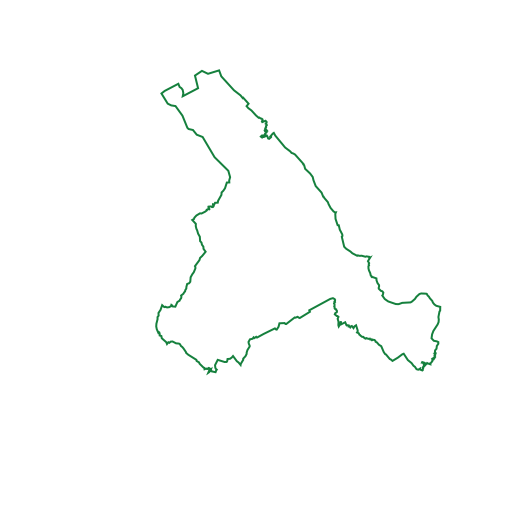 Gura Vitioarei, Prahova, Romania, rotated 146°
{"feature_id": "2599482B61125475068654", "entity_name": "Gura Vitioarei", "entity_type": "district", "adm_level": 2, "iso_a3": "ROU", "parent_name": "Romania", "parent_adm1": "Prahova", "projection": "orthographic", "projection_center": [26.028, 45.151], "detail": "fine", "context": "isolated", "style": "outline", "palette": "green", "viewbox_px": 512, "rotation_deg": 146, "n_neighbors": 0, "source": "geoboundaries", "source_scale": "gbopen_adm2", "svg_char_len": 6102}
<svg xmlns="http://www.w3.org/2000/svg" viewBox="0 0 512 512"><g transform="rotate(146 256 256)"><path d="M239.3,443.9L243.5,443.6L244.0,431.7L242.1,428.3L238.9,425.3L238.5,413.5L241.2,400.7L240.9,399.0L237.8,395.7L237.3,389.7L233.7,384.5L235.1,361.0L231.3,342.1L233.4,335.8L236.0,333.6L237.0,331.9L239.1,333.2L243.8,329.5L246.5,328.4L249.0,327.9L250.5,326.0L256.5,323.0L257.9,321.6L260.2,323.0L262.1,321.9L262.7,322.9L263.1,322.5L263.5,320.9L264.4,320.7L265.2,321.2L265.5,322.2L267.8,323.5L268.1,323.3L268.4,320.9L268.6,320.8L269.6,321.7L271.0,321.9L271.3,321.3L273.5,321.2L277.4,321.7L278.6,322.7L282.7,322.9L285.7,322.2L286.6,321.4L288.7,321.5L287.9,316.3L289.2,314.5L290.2,311.9L290.4,310.3L291.5,306.9L291.8,303.4L294.0,299.6L293.7,297.6L294.5,295.6L294.4,293.2L295.5,291.3L295.4,287.7L300.7,286.1L303.4,285.7L305.2,284.2L312.3,281.7L312.4,280.8L313.2,279.6L316.7,277.3L319.0,276.5L322.1,274.9L324.9,271.4L326.7,270.8L328.7,271.3L331.0,269.3L332.0,268.0L333.8,267.2L334.6,266.3L336.0,266.0L337.3,265.3L340.2,265.1L340.7,263.8L341.8,262.8L343.3,262.4L344.3,261.7L346.9,261.8L351.2,259.1L353.2,260.7L353.6,261.2L353.2,262.0L353.5,262.8L354.5,262.0L356.5,262.1L358.5,263.1L359.5,264.6L360.2,264.6L360.7,265.2L361.3,267.7L365.3,264.7L368.7,263.3L370.1,261.0L371.8,260.4L373.0,258.6L376.4,255.6L378.1,253.4L379.2,250.8L379.9,247.0L379.1,247.2L378.9,246.7L379.4,245.3L380.3,244.0L379.2,242.6L380.1,240.5L378.6,234.7L379.0,232.8L376.9,233.5L376.4,232.5L374.6,232.7L373.0,231.8L371.1,228.3L368.9,226.5L368.4,225.6L368.5,223.2L368.0,221.8L367.8,219.9L367.8,215.5L368.1,214.8L367.4,212.1L363.5,203.3L363.9,202.1L362.7,199.6L363.0,198.4L362.8,197.2L361.9,192.9L361.4,192.2L362.0,190.9L360.2,190.5L359.9,189.8L359.2,189.4L358.5,189.7L357.7,189.6L357.1,188.3L357.5,187.9L358.0,188.1L358.4,187.5L360.8,185.9L359.8,185.9L357.8,187.1L356.6,187.2L357.5,186.4L357.2,185.7L357.5,185.4L354.5,182.3L352.7,183.6L352.1,183.7L352.4,185.1L352.2,186.1L351.0,188.4L345.8,191.3L341.3,185.7L339.6,184.6L338.5,185.1L337.2,186.5L335.0,185.3L332.7,185.4L331.0,185.9L330.7,179.4L330.0,177.5L329.7,174.3L328.9,175.1L324.6,177.1L324.3,177.8L323.8,178.1L320.8,178.8L318.6,180.0L317.7,181.2L315.7,182.8L311.9,184.5L311.4,185.2L311.0,187.3L310.3,188.9L307.6,190.3L305.1,189.3L303.5,189.9L303.3,188.9L301.1,188.9L301.1,188.2L300.7,187.8L293.2,187.1L280.8,185.4L280.6,184.1L280.0,183.4L276.9,184.7L274.2,187.1L269.8,184.4L269.6,183.2L269.0,182.7L258.3,183.4L257.8,182.8L255.5,182.3L255.1,181.1L254.4,180.1L242.5,179.6L242.2,181.2L218.4,178.9L215.8,178.0L214.9,176.3L215.0,175.3L215.6,174.6L216.3,174.5L216.3,173.6L217.6,173.3L217.9,173.0L217.8,172.2L218.9,170.6L219.3,170.5L219.4,169.6L220.0,168.9L220.1,168.0L219.4,167.0L219.7,166.5L219.5,165.6L219.7,165.0L220.5,164.2L222.2,164.3L223.3,163.6L222.6,161.1L222.0,160.6L221.7,159.4L223.4,158.3L224.4,155.3L226.4,152.6L226.8,151.3L224.4,152.4L222.2,154.5L223.4,151.7L219.1,151.2L219.7,148.0L219.5,147.5L218.6,147.3L217.9,146.5L218.5,145.7L217.9,145.4L217.8,144.1L216.4,144.6L215.7,144.4L215.5,141.7L213.7,142.6L211.8,142.6L213.3,137.5L213.9,136.6L215.0,136.1L214.0,134.5L214.3,133.0L213.9,132.2L213.9,131.6L213.2,129.6L212.2,128.9L212.0,127.1L211.4,126.7L211.2,126.1L210.4,126.2L209.2,124.5L207.8,123.8L208.0,122.9L206.8,122.3L207.1,121.7L207.0,121.3L205.8,121.1L204.7,120.1L204.5,118.8L204.8,118.0L204.1,116.8L203.7,113.6L202.6,111.2L203.8,105.0L203.8,102.5L203.3,101.7L202.7,95.8L202.1,94.9L201.5,92.7L195.2,92.4L189.7,92.7L188.2,92.4L188.3,84.8L186.9,80.2L186.8,76.9L186.2,75.3L186.2,72.4L185.1,71.0L182.9,70.9L183.4,70.0L182.1,68.1L181.5,68.2L181.3,68.8L180.4,69.2L180.3,70.0L177.0,70.8L178.1,71.1L177.6,71.3L177.7,72.0L177.0,72.6L177.5,74.4L178.0,74.8L177.5,75.1L176.2,73.5L175.5,71.9L174.7,71.4L174.0,71.6L173.5,70.4L172.3,69.8L172.4,69.2L172.0,68.7L171.7,69.3L168.6,70.2L167.9,71.3L166.8,70.9L165.6,71.4L166.4,71.7L166.7,72.2L165.1,72.1L163.4,72.9L163.4,73.2L164.5,73.1L162.1,74.4L162.4,74.8L161.7,75.1L162.0,75.5L161.4,75.5L161.3,76.4L160.3,77.6L158.2,78.2L156.4,80.3L153.9,81.3L153.0,82.7L153.9,84.2L156.0,86.3L156.5,89.6L153.8,92.6L150.8,94.7L143.7,97.7L141.6,99.1L140.0,101.1L138.9,103.4L134.9,107.4L133.9,107.7L131.7,110.8L134.4,113.9L135.2,116.1L135.4,118.5L135.0,120.2L135.5,123.8L135.4,125.7L135.8,127.3L135.6,129.0L136.0,129.6L139.9,132.5L141.7,133.1L145.8,132.5L148.3,131.5L152.3,131.0L153.8,131.1L161.0,135.4L164.6,136.3L166.9,137.9L171.8,144.4L173.3,148.3L173.4,152.6L172.5,152.9L170.9,154.5L171.0,156.1L171.9,157.2L172.5,160.2L172.2,160.9L171.0,161.9L170.3,163.0L170.4,165.6L169.7,168.4L168.7,170.1L171.0,173.2L171.7,173.6L171.8,174.0L171.5,174.5L171.8,175.6L170.9,177.9L170.4,180.9L169.7,182.8L168.5,184.7L167.5,185.0L167.1,186.3L166.2,186.8L166.1,189.1L162.4,190.8L163.3,190.9L162.6,192.0L164.6,193.9L165.7,194.2L168.2,197.1L170.3,198.4L171.2,199.6L172.0,199.6L174.6,204.4L175.2,206.9L177.2,211.6L177.7,214.4L174.1,224.0L173.1,224.3L172.4,225.7L171.8,231.0L170.2,235.2L171.1,235.9L169.3,242.3L166.7,246.6L165.4,247.5L166.0,247.8L166.8,249.6L167.3,254.1L166.8,258.6L166.3,260.4L166.9,265.8L166.8,267.4L167.1,267.6L166.2,271.9L167.4,280.6L166.0,286.6L164.8,289.8L165.0,294.1L166.5,300.8L165.3,304.4L165.6,305.4L165.2,305.7L166.9,318.3L167.7,320.0L168.9,321.6L169.1,323.5L171.2,329.7L172.7,345.1L172.4,348.1L173.6,348.1L177.5,347.0L177.5,346.7L176.6,346.7L177.0,346.1L179.6,345.8L180.2,346.7L179.7,348.7L179.7,349.7L183.0,350.3L183.9,350.9L184.7,350.8L185.2,352.3L183.8,352.6L181.8,351.5L180.1,351.7L179.9,352.5L178.2,352.6L178.1,353.3L176.8,353.4L176.9,355.5L178.0,355.3L178.4,354.4L178.7,354.6L178.6,355.3L177.3,355.9L177.0,356.7L175.6,357.1L175.2,358.1L174.0,358.3L173.6,359.1L174.0,360.2L172.3,361.0L172.2,361.4L172.5,362.8L175.9,363.5L175.9,364.0L174.7,364.2L174.9,365.0L174.2,365.6L174.5,366.7L175.3,367.5L175.9,369.0L176.5,369.1L177.4,372.5L178.4,379.2L179.7,382.9L180.0,385.5L177.0,386.4L178.1,394.4L178.7,394.3L179.0,397.8L181.6,405.7L184.1,422.8L184.3,424.4L182.8,430.5L193.9,433.9L197.3,439.7L205.7,439.7L210.2,427.5L227.4,429.4L225.2,431.6L223.9,434.7L224.0,436.9L224.8,438.8L224.1,442.2L239.3,443.9Z" fill="none" stroke="#15803d" stroke-width="2"/></g></svg>